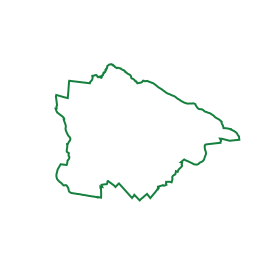 the district of Bogdanesti, Suceava, Romania, rotated 236°
{"feature_id": "2599482B43476485710108", "entity_name": "Bogdanesti", "entity_type": "district", "adm_level": 2, "iso_a3": "ROU", "parent_name": "Romania", "parent_adm1": "Suceava", "projection": "equal_earth", "projection_center": [26.284, 47.362], "detail": "fine", "context": "isolated", "style": "outline", "palette": "green", "viewbox_px": 256, "rotation_deg": 236, "n_neighbors": 0, "source": "geoboundaries", "source_scale": "gbopen_adm2", "svg_char_len": 5677}
<svg xmlns="http://www.w3.org/2000/svg" viewBox="0 0 256 256"><g transform="rotate(236 128 128)"><path d="M195.5,87.0L194.5,85.9L186.5,81.9L186.1,81.3L185.9,80.8L184.6,80.0L184.1,79.7L184.6,78.8L182.1,78.2L180.4,78.0L173.8,80.2L172.4,80.4L171.4,80.3L170.9,80.0L171.1,79.5L170.9,79.4L165.1,77.9L163.6,77.0L162.4,75.8L160.4,75.0L157.0,74.4L155.2,74.2L152.5,74.6L152.1,74.5L151.1,74.1L150.6,73.6L149.8,72.2L149.7,71.6L148.9,70.0L148.4,69.4L148.8,68.5L148.1,68.1L147.4,67.9L147.0,67.5L146.1,67.0L145.4,66.3L144.8,65.6L143.2,64.3L142.6,64.0L141.9,64.1L141.3,64.4L140.7,64.9L140.3,64.9L139.9,64.6L139.7,64.3L138.7,63.6L138.3,63.2L138.0,63.3L137.2,63.3L136.5,63.0L136.0,62.5L135.3,61.6L134.9,60.3L134.9,59.9L134.7,59.5L134.1,59.1L132.3,57.4L131.7,56.4L135.6,51.9L134.4,49.5L132.9,46.4L130.3,43.6L129.8,42.9L127.8,41.5L125.4,40.7L124.1,40.8L122.0,41.1L119.1,42.1L117.9,42.2L116.5,42.4L115.9,43.4L115.7,43.8L115.7,44.1L115.3,44.6L114.9,44.8L114.4,44.9L113.8,45.0L112.5,44.9L111.4,44.8L109.0,43.8L108.2,43.7L106.8,44.1L106.2,44.4L105.7,44.8L101.4,49.4L101.3,49.6L99.3,51.8L98.8,52.2L97.9,53.0L97.0,54.2L95.4,55.8L94.5,56.7L93.2,58.0L92.4,59.0L91.9,59.4L91.4,60.0L88.0,63.7L87.9,63.6L87.4,64.0L87.7,64.3L85.3,66.7L86.1,67.3L87.5,68.3L88.7,69.1L90.6,70.3L93.0,71.8L93.3,71.6L93.7,71.6L94.1,71.8L94.4,72.2L94.9,72.4L93.5,73.7L95.6,74.1L95.7,74.3L94.3,77.3L93.3,78.9L93.3,79.2L93.6,79.6L95.3,81.3L95.3,81.6L95.2,81.8L89.8,83.7L89.1,84.0L87.6,84.4L86.1,84.6L87.1,89.1L87.1,89.5L67.8,92.2L67.9,92.4L68.0,92.8L68.3,93.5L68.3,93.9L68.2,94.4L68.3,94.6L68.9,95.5L69.1,95.9L61.4,97.2L61.6,98.3L61.9,99.3L62.0,100.6L62.0,101.5L62.3,103.0L62.7,106.9L57.4,107.3L59.8,115.6L60.0,116.1L60.3,116.7L60.4,117.0L60.3,118.2L60.5,118.7L60.9,119.5L61.3,119.1L61.4,119.3L62.6,120.0L62.1,121.3L61.9,122.3L61.5,123.3L61.3,124.0L61.2,124.5L61.2,124.8L61.1,125.0L60.8,125.0L60.4,125.2L60.0,125.6L59.4,128.1L60.3,128.4L60.9,128.5L61.0,128.8L62.0,129.5L61.6,130.1L61.2,130.8L60.1,132.5L58.6,133.7L59.7,135.1L60.9,136.4L62.4,137.1L62.8,137.5L63.2,138.4L63.3,139.6L63.1,141.3L65.4,143.6L63.9,144.6L64.9,146.1L65.1,146.4L65.4,147.6L65.6,148.6L65.7,149.6L66.1,151.1L66.4,151.6L66.8,151.9L67.5,151.9L67.7,152.1L68.1,152.3L68.2,152.8L68.3,152.9L68.6,152.9L68.7,153.0L68.8,153.3L69.1,153.6L69.3,153.6L69.7,153.4L70.1,152.9L70.5,157.0L69.5,157.4L68.8,157.8L67.7,158.6L63.0,161.4L62.5,161.7L61.9,161.9L61.2,162.3L60.7,162.7L59.2,164.5L59.0,165.0L58.8,166.0L58.9,167.1L59.2,167.9L59.0,168.5L59.0,169.1L58.7,170.5L58.8,171.8L59.1,172.5L59.2,173.2L59.5,173.6L61.0,175.5L62.7,177.9L63.0,178.3L64.9,179.3L65.6,179.5L65.9,179.5L67.1,179.8L69.4,180.9L69.9,181.5L70.4,181.7L70.7,182.1L70.9,182.5L70.9,182.9L70.8,183.3L70.0,185.0L65.5,193.6L64.0,196.4L64.7,196.9L65.1,197.4L65.2,197.8L65.6,198.1L66.0,198.2L67.0,198.2L67.8,198.3L66.5,199.9L60.6,205.1L56.9,212.1L56.0,213.7L58.1,214.8L58.8,215.3L60.5,215.1L62.8,215.3L63.4,215.2L64.5,214.9L65.9,214.4L66.7,213.9L68.4,213.0L69.2,212.4L69.5,212.7L70.4,211.8L71.9,210.3L73.1,209.0L74.5,207.1L75.5,207.6L76.5,207.9L76.8,207.8L77.3,208.1L78.2,208.2L78.8,208.2L80.3,208.6L80.8,208.8L80.9,209.1L83.4,208.5L85.1,207.8L87.1,206.7L88.9,206.1L90.2,205.9L91.2,205.6L92.7,204.9L94.1,204.4L96.5,202.5L97.0,202.3L97.4,202.0L98.4,201.1L99.0,200.8L100.4,200.5L102.2,199.7L102.8,199.0L103.0,198.6L103.4,198.1L104.4,197.2L104.8,197.1L105.4,196.9L108.1,196.8L109.3,196.9L110.0,197.2L111.3,196.5L112.1,195.7L112.5,194.6L112.8,194.3L113.4,193.5L113.8,192.9L114.3,191.9L115.2,190.7L116.2,189.9L117.3,189.0L119.8,187.6L123.4,186.1L124.8,185.4L127.2,184.7L128.6,184.1L129.9,183.1L132.4,181.6L132.9,181.2L133.7,180.7L134.3,180.2L135.7,179.5L141.5,177.5L142.5,177.0L144.9,175.9L146.0,175.6L146.5,175.5L148.0,175.0L150.7,174.1L151.4,173.7L151.8,173.4L152.2,173.0L154.2,171.7L155.1,170.9L156.1,170.5L157.4,168.1L157.9,167.6L158.4,167.5L158.8,167.0L158.2,164.9L158.7,163.3L159.2,162.3L159.8,160.8L160.6,160.8L160.9,160.6L161.2,160.6L161.3,160.9L162.0,160.9L163.2,160.1L163.7,160.2L164.4,160.2L165.3,159.8L165.9,159.7L166.3,159.4L167.0,158.8L167.3,158.7L167.9,158.8L168.4,159.0L169.0,159.4L169.7,159.4L170.2,159.5L171.2,159.2L173.4,158.0L175.1,157.6L175.6,157.1L175.9,157.1L176.3,157.3L176.6,157.3L176.9,157.0L177.9,157.0L178.8,156.4L179.1,156.2L179.5,156.0L180.0,155.6L180.7,155.3L181.2,155.4L181.6,155.1L182.5,154.2L183.1,153.9L183.5,153.5L183.7,153.1L183.8,152.4L183.9,152.2L184.2,152.0L184.9,151.9L185.6,151.4L185.9,151.3L186.5,151.4L187.1,151.3L187.6,150.9L188.3,151.0L188.7,150.9L188.8,150.7L188.8,150.4L189.4,150.4L189.6,150.3L189.7,150.0L190.2,149.9L190.3,149.6L190.4,149.2L191.1,148.1L190.9,146.8L191.0,146.3L191.1,146.0L191.0,145.6L190.8,145.3L190.1,144.7L189.5,144.3L189.4,143.4L189.0,143.3L188.9,143.1L189.0,142.6L189.0,142.4L189.0,142.2L188.6,142.2L188.3,142.1L188.1,141.9L188.1,141.3L188.0,141.1L187.4,140.7L187.4,140.4L187.2,140.1L187.5,139.6L187.0,139.0L187.1,138.8L187.4,138.5L187.2,138.2L186.4,137.5L186.2,137.0L185.9,136.6L186.0,136.4L186.0,136.2L185.9,136.2L186.0,135.7L185.8,135.6L185.9,135.3L186.0,135.1L185.7,134.9L185.3,134.9L185.0,134.6L184.8,134.4L184.6,134.4L184.5,134.2L184.5,133.9L185.0,133.6L185.3,133.4L185.7,133.5L185.9,133.4L185.9,133.0L185.7,133.0L185.9,132.9L186.1,133.3L186.4,133.3L186.6,133.1L186.6,132.8L186.4,132.6L186.4,132.4L186.9,132.3L187.2,131.4L187.5,131.4L189.1,131.5L189.4,131.4L189.9,131.1L190.0,130.8L190.4,129.1L191.1,128.0L191.2,127.5L190.8,127.3L189.9,127.0L189.4,126.8L189.3,126.7L189.2,126.4L188.6,125.9L188.0,125.2L187.7,123.9L187.5,123.7L187.4,123.2L187.3,122.3L187.2,122.1L186.8,121.8L186.5,121.5L186.4,121.4L186.6,121.2L197.9,108.1L200.0,105.7L199.5,105.1L191.8,99.1L186.5,94.8L188.5,92.9L195.5,87.0Z" fill="none" stroke="#15803d" stroke-width="2"/></g></svg>